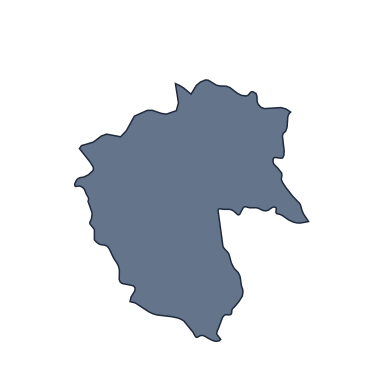 map outline of Cantal (Mercator projection), rotated 309°
{"feature_id": "FRA-5276", "entity_name": "Cantal", "entity_type": "Metropolitan department", "adm_level": 1, "iso_a3": "FRA", "parent_name": "France", "parent_adm1": "", "projection": "mercator", "projection_center": [2.647, 45.051], "detail": "fine", "context": "isolated", "style": "filled", "palette": "slate", "viewbox_px": 384, "rotation_deg": 309, "n_neighbors": 0, "source": "natural_earth", "source_scale": "10m", "svg_char_len": 2921}
<svg xmlns="http://www.w3.org/2000/svg" viewBox="0 0 384 384"><g transform="rotate(309 192 192)"><path d="M265.8,110.9L267.0,115.3L267.6,120.0L267.4,129.7L277.6,128.3L282.7,129.3L287.5,131.9L289.1,134.2L290.4,143.8L292.0,147.0L295.8,152.0L297.0,155.7L297.3,165.2L298.2,169.6L300.8,173.8L302.6,174.7L306.7,174.8L308.3,176.1L308.8,179.8L306.9,182.6L304.0,185.0L302.0,187.5L301.2,192.0L302.3,195.7L313.6,208.0L315.7,212.8L316.2,218.4L313.9,218.1L311.5,218.8L310.2,219.5L302.5,224.9L300.2,225.9L298.3,226.5L296.6,226.3L295.1,225.9L292.5,227.0L281.7,238.0L278.0,240.5L275.4,241.0L274.0,239.5L271.1,234.8L269.7,234.1L268.1,234.6L266.5,236.0L265.2,237.9L264.5,243.9L263.1,249.8L261.3,251.6L258.0,253.4L256.3,256.7L254.6,261.9L252.0,273.2L250.9,282.3L250.2,284.5L246.9,289.1L245.1,292.5L242.4,301.2L236.0,295.7L234.7,294.0L233.6,292.3L232.1,288.8L231.3,285.3L231.0,283.5L230.7,278.1L230.4,276.3L230.0,274.5L229.1,272.8L228.5,271.2L229.1,269.9L230.5,268.9L232.2,268.1L232.6,266.8L232.2,265.5L231.2,264.5L230.3,264.0L226.0,262.8L224.4,261.8L223.2,260.4L222.3,258.8L221.0,253.4L220.0,251.6L216.0,246.7L214.0,242.4L213.1,242.0L212.2,241.8L210.5,241.9L205.0,243.1L203.7,242.8L203.1,241.6L203.4,238.3L203.4,236.5L203.2,234.8L202.6,232.9L201.5,231.2L198.8,228.0L197.7,226.4L196.9,224.6L195.8,223.6L194.4,223.5L169.2,250.3L168.5,252.1L168.1,253.9L167.7,257.4L167.2,259.1L166.1,261.1L161.7,267.1L159.6,271.7L159.1,273.3L158.5,278.4L157.8,280.2L157.0,281.8L155.9,283.3L150.1,289.6L148.1,292.9L146.0,294.8L142.8,296.6L136.7,297.4L129.6,297.3L127.4,297.0L126.3,297.0L125.1,297.4L123.5,298.6L122.3,299.2L121.1,299.2L119.6,297.9L118.7,296.5L117.5,295.1L115.8,294.6L113.6,294.7L102.0,298.6L100.2,298.9L97.2,300.4L95.5,307.1L93.5,306.8L91.1,304.7L89.9,302.4L89.1,299.6L87.8,292.1L87.2,290.5L85.7,288.9L82.6,287.6L81.7,286.7L82.1,284.7L83.7,281.0L86.7,266.5L86.3,264.0L85.4,260.8L82.4,254.8L74.4,242.1L72.8,238.3L71.7,233.7L70.1,217.8L67.8,212.8L72.1,210.7L78.8,209.9L80.3,209.2L81.6,208.1L82.0,206.8L82.1,206.2L82.1,205.6L81.8,204.7L81.2,203.3L77.4,196.3L76.8,194.5L77.0,192.5L78.2,190.5L85.4,184.9L87.1,183.0L88.5,180.7L89.9,177.3L90.6,174.7L91.7,171.9L95.8,163.3L96.4,160.3L95.9,157.8L94.7,155.9L93.6,154.1L93.0,152.1L92.9,149.8L93.1,147.9L93.5,146.1L100.8,140.3L101.7,139.0L102.8,133.3L103.3,132.3L104.1,131.7L107.7,130.8L111.6,128.5L113.0,127.4L119.3,117.1L120.8,116.5L121.7,115.8L122.5,114.8L123.8,111.3L126.2,107.0L126.5,106.0L126.6,104.9L126.6,103.8L126.5,102.7L126.3,101.8L125.9,101.0L125.4,100.3L124.8,99.7L124.0,99.1L123.4,98.5L123.0,97.7L123.3,96.8L124.5,95.8L127.6,94.9L129.4,94.8L130.8,95.0L131.6,95.4L133.1,96.3L135.8,98.7L140.3,100.7L145.7,101.5L146.9,101.4L148.0,100.8L149.3,99.4L151.2,93.8L154.9,77.2L158.5,76.9L168.6,83.9L178.4,86.3L183.2,89.2L190.0,101.8L198.4,102.4L214.7,99.5L227.3,105.9L230.4,109.6L233.8,118.7L236.4,123.1L245.3,128.6L252.6,125.5L265.8,110.9Z" fill="#64748b" stroke="#1e293b" stroke-width="1.5"/></g></svg>